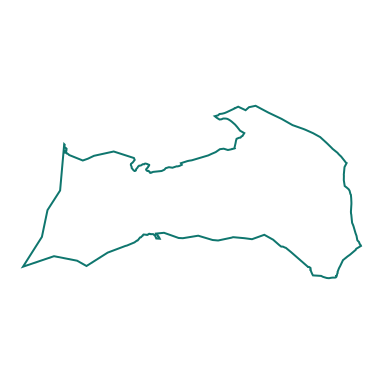 "Nore og Uvdal" nor, Buskerud, Norway (Albers equal-area conic projection)
{"feature_id": "86288312B66114336296766", "entity_name": "\"Nore og Uvdal\" nor", "entity_type": "district", "adm_level": 2, "iso_a3": "NOR", "parent_name": "Norway", "parent_adm1": "Buskerud", "projection": "albers", "projection_center": [8.39, 60.292], "detail": "fine", "context": "isolated", "style": "outline", "palette": "teal", "viewbox_px": 384, "rotation_deg": 0, "n_neighbors": 0, "source": "geoboundaries", "source_scale": "gbopen_adm2", "svg_char_len": 5476}
<svg xmlns="http://www.w3.org/2000/svg" viewBox="0 0 384 384"><path d="M337.5,152.8L332.4,148.7L331.9,148.1L327.1,143.4L320.2,137.1L313.1,133.2L305.5,129.8L303.5,129.0L292.5,125.1L281.6,118.9L268.4,112.6L255.6,105.8L249.0,107.2L245.6,110.2L238.2,106.7L234.8,108.3L234.8,108.1L234.6,108.1L234.5,108.3L234.5,108.5L226.9,112.1L224.5,113.1L222.1,113.7L219.5,114.0L218.1,115.3L214.8,116.2L216.1,117.3L217.4,118.2L219.5,119.5L219.9,119.4L220.9,119.4L221.3,119.3L221.9,119.1L223.0,118.6L223.4,118.5L224.4,118.5L226.0,118.6L227.4,118.9L228.8,119.6L230.5,120.7L231.8,121.7L235.0,124.5L237.1,126.9L239.4,129.8L239.8,130.4L240.0,130.6L240.4,130.9L244.3,133.1L242.4,136.1L242.1,136.2L241.6,136.3L241.4,136.4L240.9,137.2L240.5,137.6L240.3,137.7L239.5,137.7L238.7,137.9L237.1,138.6L236.6,138.8L236.0,140.7L235.5,143.4L234.5,147.7L234.8,148.3L234.3,148.5L232.6,148.9L232.5,149.0L232.1,148.9L231.3,149.3L227.9,150.0L223.7,148.7L219.9,149.2L215.7,152.1L213.4,153.1L211.3,154.0L208.3,155.4L191.8,160.3L189.2,160.7L187.4,161.1L180.9,163.2L181.8,164.8L179.5,165.9L177.7,166.4L176.7,166.3L172.5,167.7L168.9,167.2L165.7,168.2L164.4,169.7L161.6,171.0L153.0,171.9L152.8,172.0L152.6,172.1L152.0,172.4L151.5,172.6L151.3,172.5L151.2,172.7L151.0,172.8L150.7,172.9L150.3,172.9L150.0,172.6L149.8,172.4L149.7,172.4L149.4,171.9L149.4,171.7L148.7,171.0L148.5,170.9L148.2,170.8L147.8,170.9L147.8,171.0L147.6,171.0L146.9,170.7L146.6,170.4L146.1,169.7L146.2,169.2L148.0,167.2L148.1,166.9L148.2,166.6L148.4,166.5L148.9,165.8L149.2,165.2L149.2,164.9L148.9,164.7L148.4,164.6L147.2,164.0L145.7,163.6L145.4,163.6L145.2,163.6L144.5,163.8L144.0,164.3L143.7,164.2L143.1,164.2L142.6,164.3L142.3,164.5L141.8,164.9L141.5,165.1L141.4,165.2L141.2,165.3L140.7,165.5L139.8,165.6L139.4,165.7L139.1,165.7L139.0,165.8L138.8,166.1L138.6,166.2L138.1,166.5L137.7,167.3L137.3,167.9L137.1,168.1L136.4,168.8L136.3,169.0L136.1,169.4L136.1,169.6L136.0,169.9L136.0,170.1L135.9,170.3L135.7,170.3L135.6,170.5L135.3,170.8L134.9,171.0L134.5,171.0L133.5,170.2L132.4,168.9L131.6,167.8L131.7,167.0L130.8,164.9L131.0,163.9L132.8,162.4L134.7,159.9L133.9,158.0L113.7,151.5L94.0,155.8L87.9,158.7L82.8,160.5L69.1,155.0L68.8,154.7L68.7,154.5L68.4,154.3L68.3,154.2L68.0,154.0L67.5,153.7L67.3,153.6L67.1,153.6L66.9,153.3L66.8,153.2L66.7,153.3L66.5,153.1L66.5,152.8L66.4,152.5L66.4,152.4L66.0,152.3L66.0,152.1L65.8,152.2L65.9,152.3L65.7,152.4L65.7,152.2L65.5,152.4L65.3,152.4L65.3,152.2L64.9,152.1L64.8,151.9L64.8,151.7L64.7,151.7L64.7,151.4L64.9,151.2L65.1,150.8L65.7,150.9L65.9,150.8L66.1,150.7L66.4,150.3L66.5,150.0L66.4,149.7L66.5,149.7L66.5,149.1L66.4,148.9L66.5,148.7L66.4,148.6L66.1,148.5L66.0,148.4L66.0,148.2L65.8,148.0L65.6,148.0L65.0,147.7L64.7,147.3L64.5,147.1L64.4,146.9L64.4,146.7L64.6,146.4L64.5,146.1L64.6,145.9L64.6,145.7L64.6,145.3L64.5,145.2L64.5,144.9L64.5,144.7L64.4,144.6L64.5,144.5L64.3,144.3L64.2,144.2L60.1,190.5L47.5,210.1L41.9,236.9L23.0,266.7L54.0,256.2L77.1,260.7L86.5,266.0L107.7,252.6L125.5,245.9L126.8,245.6L134.5,242.4L136.9,240.6L137.0,240.6L137.5,240.6L137.7,240.4L137.9,240.2L138.1,239.8L138.6,239.4L138.9,238.9L139.0,238.7L139.5,238.2L140.0,237.5L141.1,237.2L141.3,236.9L141.4,236.7L141.7,236.5L141.9,236.3L142.4,235.8L142.6,235.8L142.7,235.7L142.8,235.3L143.0,235.2L143.4,234.6L143.6,234.5L145.7,234.7L146.1,234.8L147.2,234.7L147.3,234.9L147.6,234.8L148.0,234.6L148.3,234.4L148.4,234.2L148.5,234.1L148.8,234.0L149.1,233.8L149.3,233.9L149.8,234.0L149.9,233.9L150.3,234.0L150.6,234.0L150.9,234.2L151.4,234.1L151.7,234.1L151.9,234.1L152.8,234.1L153.3,234.2L153.9,234.7L154.3,235.2L154.8,235.5L155.0,235.7L155.2,235.9L155.4,236.4L155.4,236.6L155.5,236.8L155.6,237.0L155.8,237.2L155.9,237.4L156.0,237.7L156.0,237.9L156.5,238.2L156.5,238.5L159.7,238.7L159.4,238.1L159.2,237.4L158.7,236.9L158.5,236.7L158.3,236.6L158.3,236.3L158.0,236.2L158.0,235.9L157.9,235.7L157.7,235.4L157.4,235.0L156.7,234.6L156.6,234.4L156.3,234.1L155.8,233.8L155.8,233.6L164.0,232.8L170.0,234.9L178.7,238.0L182.9,238.2L198.2,235.7L212.6,240.0L218.1,240.5L231.8,237.6L232.5,237.3L233.5,237.2L244.5,238.2L252.0,239.2L264.3,234.8L273.3,239.8L273.8,240.3L279.4,245.2L281.2,246.6L282.9,246.6L285.0,247.6L285.8,247.8L290.8,251.9L306.3,265.4L307.2,266.2L307.9,266.8L308.0,267.0L308.3,267.0L308.8,266.9L309.3,267.1L309.4,267.3L309.6,267.4L309.9,267.5L310.4,267.8L310.5,268.1L310.4,268.4L310.4,268.5L310.6,268.8L310.6,269.0L310.7,269.4L310.7,269.5L310.5,269.8L310.3,269.9L310.3,270.0L310.8,270.5L311.4,272.2L312.5,274.6L313.0,275.4L321.1,275.9L323.1,276.9L326.8,278.0L329.0,278.2L331.0,277.8L332.7,277.6L335.0,277.6L335.7,277.4L335.9,277.3L335.9,277.0L336.0,276.9L336.2,276.6L336.1,276.1L336.6,276.2L336.9,275.2L337.0,274.8L337.1,274.1L337.2,273.9L337.3,273.6L337.5,273.3L337.7,272.9L337.7,272.7L337.5,272.1L339.0,268.2L339.7,266.9L340.0,266.4L343.0,260.1L347.6,256.4L350.0,254.7L355.4,250.1L355.6,250.0L355.7,249.7L355.9,249.3L356.0,249.1L356.5,248.6L357.9,247.8L359.7,246.7L360.0,246.3L360.3,246.3L361.0,245.9L360.8,245.4L360.0,244.3L359.5,243.6L359.1,242.2L358.7,241.7L357.7,240.7L357.3,240.1L356.5,235.8L355.5,233.1L353.5,226.2L353.3,225.7L353.2,225.5L353.2,225.3L352.1,222.8L351.7,218.9L351.3,214.8L351.0,213.3L351.0,212.6L350.9,212.1L351.4,204.0L351.4,203.1L351.4,202.4L351.2,198.2L350.9,194.8L350.4,194.0L349.6,190.8L348.7,189.3L347.0,187.8L344.7,186.0L343.8,180.1L343.9,175.7L343.8,174.8L344.5,167.1L346.6,163.1L346.2,162.9L345.4,162.0L344.9,161.3L341.1,156.5L340.2,155.7L338.5,154.0L337.5,152.8Z" fill="none" stroke="#0f766e" stroke-width="2"/></svg>